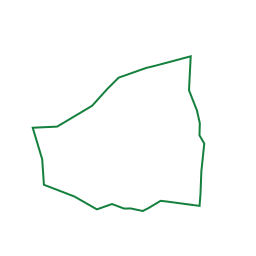 Uulbayan, Sühbaatar, Mongolia, rotated 197°
{"feature_id": "93677404B28478416756495", "entity_name": "Uulbayan", "entity_type": "district", "adm_level": 2, "iso_a3": "MNG", "parent_name": "Mongolia", "parent_adm1": "Sühbaatar", "projection": "mercator", "projection_center": [112.341, 46.503], "detail": "fine", "context": "isolated", "style": "outline", "palette": "green", "viewbox_px": 256, "rotation_deg": 197, "n_neighbors": 0, "source": "geoboundaries", "source_scale": "gbopen_adm2", "svg_char_len": 500}
<svg xmlns="http://www.w3.org/2000/svg" viewBox="0 0 256 256"><g transform="rotate(197 128 128)"><path d="M128.3,190.7L151.7,173.4L159.3,159.1L161.4,154.6L168.8,138.8L196.2,108.6L219.2,100.4L200.9,73.0L191.8,49.1L159.1,46.8L134.0,41.1L121.1,50.6L108.4,49.8L101.6,51.9L89.7,52.9L85.2,57.2L75.5,67.9L69.0,69.1L36.8,74.4L39.4,86.1L45.2,108.1L50.5,135.4L57.5,141.9L60.7,153.5L67.2,164.9L80.7,181.9L89.0,214.9L121.8,194.5L124.0,193.2L128.3,190.7Z" fill="none" stroke="#15803d" stroke-width="2"/></g></svg>